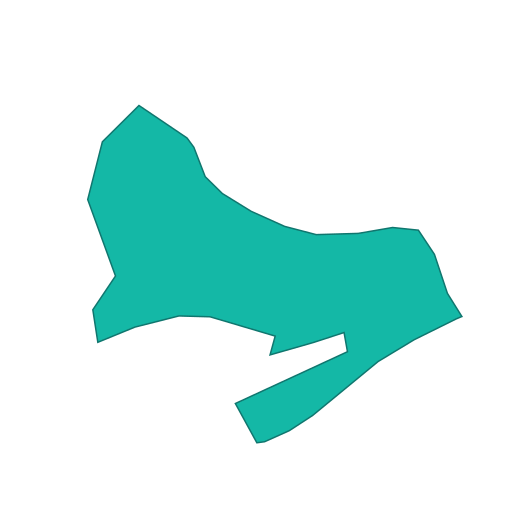 Rucavas, orthographic projection, rotated 252°
{"feature_id": "LVA-5718", "entity_name": "Rucavas", "entity_type": "Municipality", "adm_level": 1, "iso_a3": "LVA", "parent_name": "Latvia", "parent_adm1": "", "projection": "orthographic", "projection_center": [21.181, 56.214], "detail": "fine", "context": "isolated", "style": "filled", "palette": "teal", "viewbox_px": 512, "rotation_deg": 252, "n_neighbors": 0, "source": "natural_earth", "source_scale": "10m", "svg_char_len": 609}
<svg xmlns="http://www.w3.org/2000/svg" viewBox="0 0 512 512"><g transform="rotate(252 256 256)"><path d="M435.3,191.2L389.5,226.9L378.6,230.5L347.1,232.2L325.8,243.3L300.0,265.2L275.3,292.4L257.7,319.9L245.9,360.2L240.9,394.7L230.4,418.4L202.4,426.2L161.3,426.5L134.8,433.1L134.8,432.7L134.3,426.9L127.5,380.6L117.9,339.5L86.9,260.7L79.6,233.7L76.7,206.8L78.1,199.1L122.1,190.8L136.7,313.4L156.0,316.1L156.0,284.1L157.6,238.8L173.9,249.5L212.4,193.5L222.8,164.2L225.8,118.9L222.8,78.9L255.3,84.2L280.4,116.2L361.7,113.4L412.1,145.2L435.3,191.2Z" fill="#14b8a6" stroke="#0f766e" stroke-width="1.5"/></g></svg>